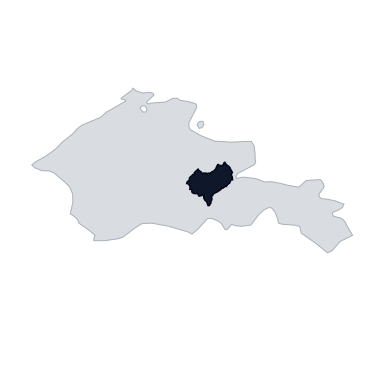 Martuni, Gegharkunik, Armenia (highlighted), rotated 331°
{"feature_id": "60910142B24861736009361", "entity_name": "Martuni", "entity_type": "district", "adm_level": 2, "iso_a3": "ARM", "parent_name": "Armenia", "parent_adm1": "Gegharkunik", "projection": "robinson", "projection_center": [45.353, 40.06], "detail": "fine", "context": "in_parent", "style": "filled", "palette": "ink", "viewbox_px": 384, "rotation_deg": 331, "n_neighbors": 0, "source": "geoboundaries", "source_scale": "gbopen_adm2", "svg_char_len": 5147}
<svg xmlns="http://www.w3.org/2000/svg" viewBox="0 0 384 384"><g transform="rotate(331 192 192)"><path d="M171.6,228.8L168.8,224.5L154.8,210.5L141.8,199.8L132.9,195.4L123.9,195.9L109.9,198.0L104.8,197.1L92.6,192.5L82.5,187.0L83.9,184.7L86.1,183.0L83.6,175.9L78.0,164.4L78.7,160.8L76.9,155.8L75.0,152.0L83.0,143.0L86.7,135.8L87.5,128.7L85.5,121.4L80.4,108.1L77.2,104.3L71.2,100.7L66.3,94.8L65.0,90.6L69.3,89.8L81.6,89.7L93.5,88.3L102.8,85.5L116.4,83.2L122.0,81.1L128.5,80.2L148.2,82.4L155.6,80.7L177.8,80.4L178.4,79.5L175.4,76.7L175.4,75.6L188.6,73.9L190.7,72.5L192.4,77.0L197.4,81.9L202.8,83.9L205.7,86.6L205.8,88.7L196.2,91.2L195.6,92.5L196.2,93.7L199.1,94.3L212.5,100.5L220.2,100.7L224.3,102.5L226.3,106.2L232.7,111.3L237.8,116.2L238.1,117.9L237.2,120.3L222.8,129.9L221.0,133.2L220.8,136.7L227.1,147.1L236.4,158.4L249.9,167.1L268.4,176.4L268.6,182.2L265.7,189.1L263.2,193.8L262.1,197.0L259.8,198.3L241.4,198.0L238.6,199.1L237.4,200.5L237.3,201.6L243.9,203.7L254.3,211.2L260.3,218.4L266.5,221.5L273.5,227.3L279.1,232.7L287.8,239.6L297.5,237.3L310.4,243.5L311.0,247.7L310.2,251.4L302.1,255.5L301.1,257.2L301.1,258.6L302.1,260.6L306.9,264.0L312.6,268.9L319.0,276.3L316.1,278.5L310.2,278.8L305.6,277.9L304.0,279.4L304.1,281.9L310.1,287.5L311.3,291.6L311.1,298.7L311.5,307.7L297.4,307.1L285.4,311.5L280.9,310.6L277.8,303.0L275.3,296.7L267.6,280.8L269.6,274.3L265.4,270.6L255.1,263.8L252.5,261.0L253.9,257.1L254.9,250.1L253.9,244.4L251.2,242.7L246.0,242.6L239.8,244.0L227.4,249.5L218.7,246.0L213.7,242.5L210.8,239.5L204.3,242.0L202.7,240.8L202.4,233.4L200.4,229.5L196.5,224.9L192.9,222.7L179.6,227.2L171.6,228.8ZM192.4,98.5L192.8,95.8L192.2,93.5L190.1,92.7L187.4,93.3L187.2,96.0L188.0,98.5L190.7,99.6L192.4,98.5ZM235.0,138.9L231.9,140.5L229.1,139.8L229.1,135.7L231.1,134.1L233.5,134.2L235.8,135.6L235.0,138.9Z" fill="#d9dde1" stroke="#a8b0b8" stroke-width="1"/><path d="M192.4,183.0L192.8,184.1L193.0,185.6L192.8,186.4L192.4,187.5L191.3,188.6L192.4,189.3L192.9,189.8L192.9,190.3L192.0,191.5L191.9,192.0L192.0,193.0L193.3,194.5L194.3,195.2L196.1,195.9L196.1,196.8L196.0,198.7L196.3,199.1L197.1,199.3L198.8,199.9L200.2,199.7L200.5,200.0L200.4,201.2L199.6,202.5L199.3,203.6L199.3,205.1L199.5,206.1L200.0,207.2L200.0,208.2L199.4,211.6L200.1,212.1L200.6,212.2L200.9,212.2L201.5,211.6L202.3,211.2L203.0,210.9L203.4,210.5L204.0,209.4L204.5,209.1L205.0,208.9L205.7,208.2L206.3,207.4L206.5,206.6L206.7,205.1L206.9,204.9L207.2,204.9L207.9,205.2L208.4,205.1L209.1,204.4L209.8,204.1L212.0,204.0L212.9,204.0L214.1,204.2L215.3,204.1L217.0,203.9L217.9,203.9L218.5,203.8L219.3,203.4L219.6,202.9L219.9,202.8L220.2,203.0L220.8,203.6L221.3,203.7L222.0,203.4L222.8,203.4L223.3,203.2L223.7,202.8L224.1,203.2L224.3,203.7L224.5,203.8L224.9,203.6L225.5,203.5L225.9,203.3L226.3,202.9L226.6,202.7L227.2,202.7L228.0,202.5L228.9,202.5L229.6,202.3L230.5,201.3L231.3,200.8L232.2,200.6L232.8,200.7L233.4,201.0L234.6,198.2L234.6,197.5L234.6,196.9L234.8,196.1L235.1,195.3L236.0,195.0L236.7,194.7L236.9,193.3L236.8,191.3L236.8,190.1L237.0,189.2L236.7,187.6L236.0,186.2L235.5,184.9L235.1,183.3L235.2,182.0L235.0,181.9L234.9,181.9L234.7,181.9L234.4,181.9L234.2,182.0L233.9,182.1L233.8,182.3L233.7,182.4L233.6,182.5L233.4,182.6L233.2,182.8L232.9,183.0L232.6,183.2L232.4,183.3L232.1,183.3L231.9,183.3L231.7,183.3L231.6,183.2L231.4,183.2L231.3,183.3L231.2,183.3L231.0,183.5L230.9,183.5L230.7,183.5L230.4,183.6L230.2,183.4L230.1,183.2L229.9,183.0L229.8,182.9L229.7,182.8L229.7,182.7L229.4,182.5L229.3,182.3L229.2,182.2L229.0,181.9L228.9,181.7L228.7,181.4L228.6,181.2L228.5,180.9L228.4,180.8L228.3,180.7L228.2,180.6L227.9,180.5L227.7,180.5L227.4,180.7L227.3,180.8L227.2,180.9L227.0,181.1L226.8,181.2L226.7,181.2L226.3,181.5L226.2,181.5L225.9,181.7L225.8,181.8L225.6,182.0L225.4,182.1L225.1,182.3L224.9,182.5L224.7,182.7L224.6,182.8L224.5,183.0L224.4,183.0L224.2,183.1L224.0,183.3L223.9,183.3L223.6,183.4L223.5,183.5L223.3,183.5L223.0,183.6L222.9,183.6L222.5,183.7L222.3,183.8L222.2,183.8L221.9,184.0L221.7,184.1L221.4,184.2L221.1,184.2L220.8,184.2L220.7,184.2L220.4,184.2L220.2,184.1L219.7,184.0L219.3,184.0L219.2,184.0L218.9,184.1L218.7,184.1L218.3,184.2L218.0,184.2L217.9,184.3L217.7,184.3L217.4,184.3L217.2,184.2L216.9,184.2L216.7,184.1L216.3,183.9L216.2,183.9L215.9,183.7L215.7,183.6L215.4,183.6L215.2,183.6L215.0,183.4L214.9,183.4L214.7,183.4L214.4,183.3L214.3,183.2L214.0,183.1L213.9,183.0L213.7,182.9L213.5,182.7L213.4,182.6L213.4,182.4L213.4,182.2L213.2,182.1L212.8,182.0L212.7,182.0L212.5,181.9L212.4,181.8L212.2,181.7L211.8,181.3L211.7,181.3L211.6,181.2L211.4,181.1L211.2,181.0L210.9,181.0L210.6,181.1L210.4,181.1L210.2,181.1L210.2,180.9L210.2,180.7L210.0,180.4L209.9,180.4L209.8,180.2L209.7,180.1L209.7,179.9L209.7,179.7L209.7,179.3L209.7,179.1L209.6,178.8L209.6,178.7L209.5,178.4L209.4,178.3L209.4,178.2L209.2,177.9L209.1,177.7L209.0,177.4L208.9,177.2L208.8,176.9L208.7,176.7L208.5,176.2L208.5,175.9L208.5,175.7L208.4,175.7L208.5,175.6L208.5,175.3L208.4,174.9L206.2,175.5L203.4,176.2L202.7,177.8L201.0,177.1L200.0,177.6L198.0,177.9L196.4,178.6L195.8,179.8L194.9,180.3L192.4,180.9L191.6,181.9L192.2,182.0L192.4,183.0Z" fill="#0f172a" stroke="#020617" stroke-width="1.5"/></g></svg>